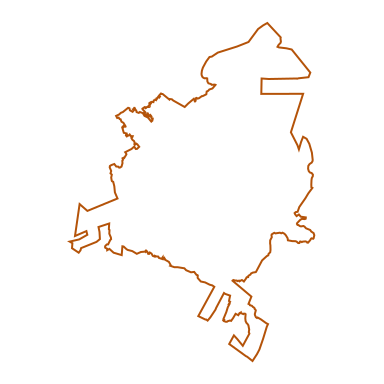 the district of Ixtapa, Chiapas, Mexico
{"feature_id": "50627088B8199998270425", "entity_name": "Ixtapa", "entity_type": "district", "adm_level": 2, "iso_a3": "MEX", "parent_name": "Mexico", "parent_adm1": "Chiapas", "projection": "natural_earth1", "projection_center": [-92.894, 16.808], "detail": "fine", "context": "isolated", "style": "outline", "palette": "amber", "viewbox_px": 384, "rotation_deg": 0, "n_neighbors": 0, "source": "geoboundaries", "source_scale": "gbopen_adm2", "svg_char_len": 6038}
<svg xmlns="http://www.w3.org/2000/svg" viewBox="0 0 384 384"><path d="M252.5,361.0L257.0,354.1L259.4,349.5L263.1,338.8L266.8,326.7L268.0,324.1L266.1,323.1L260.8,319.3L257.6,317.5L257.0,318.0L255.9,317.2L255.0,315.2L254.8,314.1L255.8,310.4L255.5,309.8L254.7,309.0L254.6,308.3L253.9,307.5L253.0,307.0L251.9,305.8L249.9,305.2L249.6,304.4L248.5,303.9L251.4,296.6L232.5,280.7L232.7,280.4L233.7,280.0L234.6,280.5L236.7,280.5L237.4,281.1L239.0,280.6L239.5,281.3L241.6,280.1L242.3,280.2L243.9,281.5L246.2,278.3L246.4,277.6L246.8,277.2L248.1,277.1L248.1,276.3L248.7,275.6L250.4,274.6L251.0,273.5L252.8,272.6L255.8,272.1L256.1,271.7L262.1,260.4L266.8,256.1L268.3,255.3L268.6,253.8L270.2,252.3L270.5,250.0L270.4,245.3L270.1,243.4L270.2,240.3L271.8,237.2L271.5,235.3L271.7,234.4L273.9,233.0L274.3,232.8L275.4,233.4L279.9,232.7L281.2,233.3L282.5,232.7L284.4,233.7L285.8,235.2L287.6,238.2L287.9,240.3L292.2,241.1L295.5,241.2L296.6,241.6L298.1,243.0L298.8,243.1L299.4,243.0L300.0,241.6L300.7,241.5L301.8,242.1L302.9,241.6L305.4,241.4L306.7,241.8L307.2,242.6L308.0,242.7L310.1,240.3L311.1,238.6L311.7,238.3L313.1,238.8L313.6,238.3L314.3,235.2L313.6,233.1L311.2,231.5L310.2,230.0L306.0,228.3L304.5,226.6L303.4,226.0L301.0,226.4L299.9,226.1L298.3,225.0L297.5,224.9L296.9,223.9L297.2,223.0L300.3,219.8L301.9,218.9L304.8,219.1L305.7,218.7L305.8,217.4L300.8,216.7L298.9,214.5L296.6,216.1L295.2,214.4L294.6,213.1L295.7,212.1L297.6,211.8L299.3,207.0L305.3,198.4L308.3,193.4L312.4,187.9L311.4,187.3L311.3,184.7L311.5,180.1L311.8,178.1L312.8,176.2L312.9,174.6L311.6,173.0L310.1,172.6L309.5,172.0L308.8,171.2L308.1,168.8L308.3,165.9L309.6,164.0L311.7,162.6L312.5,161.2L312.7,160.0L311.9,152.7L309.3,143.8L306.6,138.8L303.1,136.8L301.1,141.9L298.9,149.4L297.5,145.3L290.9,132.3L303.1,93.8L261.3,93.9L261.6,78.5L268.7,79.0L296.6,78.5L297.1,78.7L298.4,78.3L308.5,77.2L310.3,72.6L291.7,49.5L286.4,48.3L278.9,47.4L277.5,46.8L278.5,45.0L280.6,42.8L280.9,41.5L280.5,38.6L280.7,37.4L267.3,23.0L263.1,25.4L258.1,29.0L248.5,42.0L237.1,46.5L217.8,52.6L211.8,56.6L209.5,57.0L206.2,61.5L202.9,67.6L201.9,70.7L201.5,73.9L201.7,75.3L202.4,76.9L203.4,77.8L204.5,78.3L206.6,78.2L207.2,78.4L207.4,81.5L208.4,83.3L210.9,84.0L211.6,84.8L214.9,84.6L215.5,84.9L212.4,88.5L209.3,89.5L208.2,90.8L206.7,91.5L206.3,94.3L202.7,96.1L201.9,96.1L199.0,98.2L197.6,98.6L196.6,97.9L195.9,98.2L195.6,100.8L195.2,101.4L194.8,101.4L194.6,100.3L193.8,98.8L188.2,103.5L184.7,107.0L173.2,100.5L171.9,99.3L169.5,99.0L169.3,99.5L162.6,94.0L161.7,94.0L161.0,93.5L159.7,94.8L159.3,96.2L159.9,96.6L159.4,97.3L158.6,96.2L158.0,97.0L158.4,97.3L157.7,97.9L156.7,98.3L156.9,98.9L156.3,99.8L156.0,99.3L155.3,99.5L155.2,100.0L153.8,100.4L153.4,102.1L152.5,101.9L151.8,102.1L151.0,103.2L150.8,102.2L149.4,103.0L149.3,103.8L149.8,104.4L149.5,104.8L149.7,105.6L149.2,105.5L148.2,106.2L148.0,106.5L148.5,107.0L145.8,107.2L145.9,108.0L145.5,108.2L144.5,107.2L142.4,108.7L142.5,109.2L145.2,112.1L145.1,112.4L144.4,112.0L143.9,113.0L144.5,113.2L145.2,114.4L146.8,115.1L147.3,113.3L147.6,113.4L147.2,114.1L147.9,114.0L148.6,114.6L148.0,115.8L149.1,116.3L149.6,115.6L150.0,116.0L150.5,115.2L151.5,116.5L151.6,117.2L151.4,117.7L152.1,118.9L152.7,118.8L152.6,119.6L151.9,120.4L152.2,120.8L151.3,121.6L147.9,117.5L144.5,115.9L142.8,113.1L139.8,112.0L138.8,112.9L136.6,112.1L136.2,110.4L135.0,109.6L135.2,109.1L134.6,107.9L134.2,107.9L133.9,108.9L133.0,109.3L133.8,110.4L132.6,111.8L129.9,110.3L129.4,108.2L128.1,107.8L122.8,112.1L120.9,112.8L119.1,114.5L116.1,115.9L117.2,118.0L118.6,117.6L119.7,119.1L120.6,119.3L121.5,121.7L123.4,122.8L125.4,126.0L125.8,127.4L124.9,125.9L124.5,125.7L123.8,126.7L123.4,126.0L122.2,127.3L123.8,132.8L126.7,133.5L126.7,134.5L127.2,134.9L126.6,135.8L126.0,135.0L125.9,135.4L126.8,136.4L127.5,135.8L128.8,135.5L129.7,134.5L130.9,136.1L132.7,136.2L132.3,137.2L131.4,137.7L131.5,138.3L132.5,139.9L134.0,141.0L134.6,142.4L134.4,144.4L134.8,144.7L135.3,144.6L136.2,143.6L137.3,144.3L139.2,146.8L137.0,148.9L135.8,149.0L134.2,146.6L131.5,149.0L125.2,152.2L126.2,153.6L126.4,154.4L124.3,157.8L124.0,157.5L122.5,158.3L123.0,159.8L122.3,160.8L122.5,163.2L121.5,166.6L119.9,167.6L119.1,167.6L118.4,166.7L116.2,166.5L114.3,164.0L111.3,165.1L109.9,166.0L109.7,167.4L111.2,171.0L110.5,173.4L111.8,174.6L111.2,177.6L111.7,180.5L112.0,181.2L113.2,181.8L114.3,186.2L114.9,192.4L117.5,198.5L87.4,210.9L79.6,204.1L75.0,236.0L86.4,231.1L87.3,234.8L79.2,239.4L69.7,241.6L72.4,243.2L72.0,248.2L78.7,252.7L80.5,250.3L81.1,248.1L96.5,241.9L99.9,239.1L99.5,231.9L98.5,227.0L109.2,223.5L108.9,228.3L108.9,229.4L109.5,230.0L109.3,233.7L110.9,237.5L111.1,239.2L110.3,239.9L108.1,244.4L106.9,244.4L105.4,245.8L105.0,247.0L105.3,247.8L107.1,248.7L107.2,250.2L109.4,248.9L113.6,252.7L121.7,255.1L122.4,246.3L123.6,246.5L126.4,249.1L127.6,249.9L132.3,251.1L136.8,253.8L140.9,252.0L145.3,251.6L145.7,252.0L146.0,251.7L145.6,250.9L145.8,250.5L146.2,250.5L147.4,251.9L148.2,253.9L149.1,253.9L149.7,252.5L150.0,252.6L151.5,253.6L152.8,255.9L154.7,256.6L154.8,255.8L156.3,256.4L158.3,256.6L158.9,257.9L161.9,258.9L161.8,258.5L162.6,257.4L162.6,258.3L163.6,257.9L163.9,258.7L164.3,258.3L164.4,258.9L164.8,259.0L164.7,259.5L168.9,261.9L170.8,265.3L170.3,265.8L174.4,267.2L177.6,267.2L184.4,268.3L186.1,270.2L191.0,272.3L194.2,271.9L196.5,274.9L197.5,275.1L197.8,275.6L197.6,277.2L197.8,278.1L200.8,281.5L205.1,282.4L209.7,284.7L212.3,285.4L214.3,286.8L198.3,316.1L205.3,319.5L206.2,319.5L207.6,320.6L210.3,317.4L215.5,309.6L216.1,308.0L224.0,293.0L225.2,293.9L230.1,295.6L229.0,301.0L230.1,301.8L228.8,304.1L229.4,304.2L227.8,307.2L226.3,312.1L223.4,319.1L224.1,319.7L223.3,320.5L223.9,321.1L226.0,321.8L227.1,321.7L227.7,321.2L230.0,320.5L231.1,320.9L233.1,318.1L235.6,313.8L238.3,315.2L239.5,313.1L240.1,312.8L239.8,313.5L241.0,312.8L241.4,313.3L243.3,314.1L243.7,313.7L245.0,313.7L245.6,314.2L245.3,318.3L245.6,321.1L246.5,323.0L247.4,323.8L248.4,325.3L249.2,329.6L248.8,332.2L249.4,333.6L242.8,345.8L237.3,339.1L233.9,335.4L229.2,344.0L246.0,356.2L247.1,356.7L252.5,361.0Z" fill="none" stroke="#b45309" stroke-width="2"/></svg>